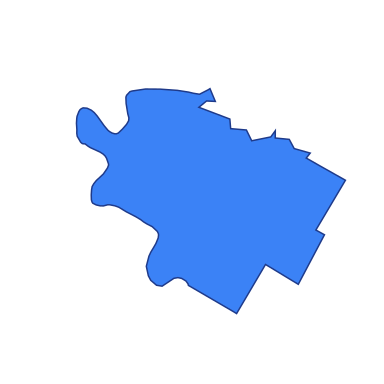 outline of Perry, Indiana, United States of America, rotated 120°
{"feature_id": "52423323B11112543389070", "entity_name": "Perry", "entity_type": "district", "adm_level": 2, "iso_a3": "USA", "parent_name": "United States of America", "parent_adm1": "Indiana", "projection": "mercator", "projection_center": [-86.618, 38.054], "detail": "fine", "context": "isolated", "style": "filled", "palette": "blue", "viewbox_px": 384, "rotation_deg": 120, "n_neighbors": 0, "source": "geoboundaries", "source_scale": "gbopen_adm2", "svg_char_len": 1562}
<svg xmlns="http://www.w3.org/2000/svg" viewBox="0 0 384 384"><g transform="rotate(120 192 192)"><path d="M274.7,148.4L274.9,96.1L275.0,92.6L218.0,92.1L218.8,53.8L162.8,55.9L163.0,65.7L105.1,65.0L105.4,93.7L105.5,110.0L99.2,109.1L103.3,125.2L97.8,134.1L103.6,146.9L97.3,150.5L104.9,151.3L117.8,165.9L111.1,175.9L117.8,190.2L109.9,195.7L115.2,228.4L105.9,224.9L101.9,217.1L93.5,228.1L95.4,229.1L103.6,234.4L105.8,240.2L107.2,244.9L111.3,255.5L118.9,271.1L126.1,283.8L134.5,294.4L136.1,295.9L140.9,297.0L142.8,296.7L144.0,296.0L148.3,293.3L156.4,286.7L159.4,283.7L162.0,282.5L166.1,282.5L172.3,283.7L177.8,285.3L179.4,286.6L180.2,288.0L180.9,290.7L180.9,293.4L180.6,295.6L178.5,301.3L173.6,312.1L172.1,316.4L171.5,320.1L171.9,324.8L173.6,328.4L175.2,329.5L176.6,330.1L178.9,330.2L183.9,329.4L185.9,328.6L190.3,326.4L195.7,322.8L198.8,321.1L201.1,319.3L204.5,313.4L204.9,311.6L204.8,310.7L203.8,308.6L204.3,304.9L204.4,302.2L203.4,291.4L203.6,287.8L204.3,285.1L205.5,282.9L209.3,278.5L210.4,277.7L213.6,277.2L220.8,277.8L229.9,280.6L233.9,281.2L237.2,281.2L240.2,280.1L244.9,277.8L249.1,275.2L250.7,273.5L251.3,272.3L251.1,268.5L249.9,264.6L248.3,261.7L245.2,258.6L244.2,256.8L242.5,251.8L241.8,247.9L242.0,239.0L241.5,228.3L241.6,222.6L242.1,218.9L242.2,215.1L241.9,209.1L243.5,202.3L244.8,200.4L245.9,199.5L248.7,198.3L254.7,197.5L259.4,197.5L264.8,197.6L269.1,197.2L279.2,194.4L286.4,187.9L289.1,183.6L290.5,176.1L288.5,170.8L275.8,164.5L273.2,161.4L272.0,157.8L272.1,152.8L273.5,149.6L274.7,148.4Z" fill="#3b82f6" stroke="#1e3a8a" stroke-width="1.5"/></g></svg>